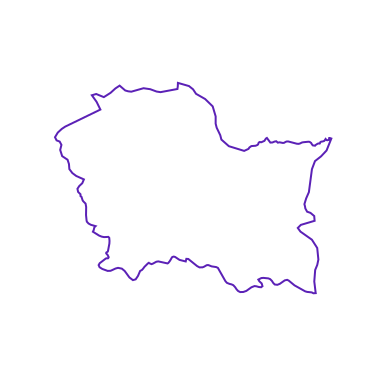 the border of Lesser Poland, rotated 16°
{"feature_id": "POL-3170", "entity_name": "Lesser Poland", "entity_type": "Voivodeship", "adm_level": 1, "iso_a3": "POL", "parent_name": "Poland", "parent_adm1": "", "projection": "robinson", "projection_center": [20.414, 49.829], "detail": "fine", "context": "isolated", "style": "outline", "palette": "violet", "viewbox_px": 384, "rotation_deg": 16, "n_neighbors": 0, "source": "natural_earth", "source_scale": "10m", "svg_char_len": 3120}
<svg xmlns="http://www.w3.org/2000/svg" viewBox="0 0 384 384"><g transform="rotate(16 192 192)"><path d="M117.4,259.8L114.7,259.5L107.7,257.5L108.0,255.7L107.9,253.2L108.1,252.4L108.7,251.4L103.8,251.4L101.2,250.8L99.1,249.5L98.5,248.4L96.5,243.4L94.4,235.6L92.9,232.5L90.0,230.9L89.1,230.1L87.1,227.1L86.0,226.7L85.4,224.9L82.5,223.3L81.0,220.5L82.0,217.3L84.1,213.8L84.6,209.7L76.3,208.5L71.8,206.8L67.8,203.8L66.0,199.0L63.5,195.3L57.3,193.3L53.7,187.9L53.5,182.7L50.9,180.0L47.6,179.7L45.2,177.1L46.6,171.9L49.4,167.3L52.1,164.1L81.2,138.0L75.5,131.7L69.1,126.6L72.9,124.2L81.1,125.1L86.4,119.1L89.8,113.6L93.1,109.7L99.8,112.8L102.9,112.8L106.0,112.3L116.8,105.6L123.5,104.7L130.3,105.2L134.2,104.7L149.6,97.0L149.2,94.3L148.4,91.0L159.9,91.0L164.7,93.0L168.8,96.5L179.0,99.0L188.3,104.0L193.9,112.8L195.9,119.8L198.0,123.4L203.5,129.6L205.8,133.5L214.8,137.8L230.8,138.1L234.4,135.0L234.9,133.4L236.4,131.5L240.4,130.0L242.0,128.7L242.4,127.9L242.5,126.3L243.0,125.5L243.5,125.2L244.5,125.2L245.0,125.0L247.5,122.9L248.3,120.3L249.1,119.4L253.7,122.9L255.7,122.2L257.4,120.8L259.0,120.0L260.9,120.9L262.5,120.1L265.9,119.8L267.0,119.3L268.2,118.0L269.2,117.3L270.5,116.9L279.5,116.7L281.3,116.3L282.7,115.4L283.8,114.3L285.0,113.6L290.0,111.6L291.2,111.4L293.0,112.0L294.1,113.1L295.3,113.9L297.4,113.6L297.4,113.3L299.5,110.9L300.4,110.4L301.0,110.4L301.5,110.1L301.6,108.8L302.3,108.0L303.7,107.4L305.1,106.4L305.8,104.2L306.9,105.0L307.7,105.0L309.1,104.2L309.2,103.8L309.1,103.0L309.0,102.3L309.5,102.1L311.2,102.2L309.9,115.0L306.2,122.2L301.7,128.4L301.0,137.0L304.4,159.9L303.5,166.7L303.4,172.7L304.5,174.5L305.5,176.6L308.1,179.2L311.6,179.4L316.1,181.4L317.8,185.9L305.7,193.6L303.6,197.4L307.2,200.2L320.4,204.8L327.8,211.3L332.1,222.1L332.5,227.6L331.9,233.0L334.2,244.3L338.6,254.7L338.8,255.1L336.6,255.9L334.8,255.5L330.2,256.3L328.2,256.3L316.3,253.5L309.4,250.5L307.7,250.2L305.5,251.4L301.7,256.1L299.6,257.7L297.0,258.1L295.1,257.0L293.3,255.4L291.1,254.2L289.2,254.0L284.2,254.9L282.4,255.6L279.9,257.9L281.4,259.3L284.2,260.7L285.7,263.1L284.7,264.5L282.5,264.9L279.9,264.9L278.0,265.2L275.4,267.2L271.5,272.1L268.8,274.0L265.9,274.9L263.7,274.5L261.7,273.3L259.7,271.6L257.4,270.2L255.5,269.9L253.4,270.0L250.6,269.7L248.7,268.5L237.8,257.8L235.9,257.5L231.3,258.1L228.6,257.8L227.5,257.8L226.2,258.4L224.3,260.4L222.9,261.5L220.0,262.4L217.3,261.8L206.9,257.4L205.0,257.8L205.1,260.5L198.7,260.7L193.7,259.1L192.3,259.1L191.0,259.9L190.6,260.9L190.3,262.3L189.7,264.5L188.8,266.7L188.2,267.4L178.7,268.0L176.9,268.9L174.2,271.6L173.0,272.5L170.3,272.2L170.0,272.0L169.3,272.8L166.9,277.1L166.2,279.0L165.4,280.7L163.9,282.2L163.2,287.6L161.9,291.5L159.5,293.0L155.4,291.4L149.1,286.5L145.7,285.0L141.8,285.3L139.5,286.7L137.1,288.8L135.4,290.2L132.7,291.1L127.0,290.7L123.9,289.8L122.4,288.0L122.9,285.9L127.5,279.7L128.1,279.3L128.9,279.1L129.6,278.8L129.9,277.9L129.6,277.2L128.7,276.4L128.4,275.9L126.8,274.9L126.3,274.4L126.4,273.7L127.4,272.6L127.5,271.9L126.8,264.4L126.2,261.8L125.1,258.9L124.0,258.2L119.9,259.6L117.4,259.8Z" fill="none" stroke="#5b21b6" stroke-width="2"/></g></svg>